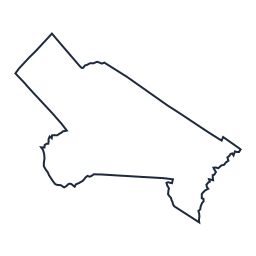 outline of Peabiru, Paraná, Brazil
{"feature_id": "56859067B78247046057010", "entity_name": "Peabiru", "entity_type": "district", "adm_level": 2, "iso_a3": "BRA", "parent_name": "Brazil", "parent_adm1": "Paraná", "projection": "equal_earth", "projection_center": [-52.308, -23.93], "detail": "fine", "context": "isolated", "style": "outline", "palette": "slate", "viewbox_px": 256, "rotation_deg": 0, "n_neighbors": 0, "source": "geoboundaries", "source_scale": "gbopen_adm2", "svg_char_len": 1808}
<svg xmlns="http://www.w3.org/2000/svg" viewBox="0 0 256 256"><path d="M41.1,147.3L43.1,150.1L44.2,154.3L44.5,158.7L43.9,162.4L43.8,166.2L45.9,169.8L47.7,172.2L49.0,175.2L51.4,178.9L53.2,181.6L55.3,184.2L57.2,184.9L60.9,185.2L62.7,186.5L64.2,187.4L66.6,185.9L67.8,184.5L69.4,183.7L71.3,184.0L72.7,185.2L74.7,186.7L75.8,184.4L79.1,183.0L80.9,181.9L82.5,181.1L84.4,179.0L85.6,177.4L87.5,175.9L89.6,176.7L91.6,175.9L93.7,174.3L101.7,174.5L106.7,174.8L109.8,175.0L146.8,177.2L163.0,178.1L172.9,179.3L172.0,183.2L170.1,182.8L168.2,182.2L166.5,182.8L167.1,185.2L169.0,188.5L168.4,190.5L168.1,194.4L169.5,196.3L170.9,197.8L171.5,200.0L172.5,201.9L173.0,204.2L174.1,206.2L199.2,222.4L198.9,220.0L199.4,216.7L199.2,213.8L198.4,211.0L200.2,209.4L200.6,206.7L202.0,203.1L203.6,201.3L203.5,198.8L201.8,198.3L201.8,194.0L203.2,192.3L205.3,190.3L208.2,188.8L206.9,187.0L206.4,184.7L208.2,182.6L209.8,181.7L209.0,179.2L213.1,180.2L212.8,177.7L212.7,175.1L214.3,174.7L215.9,172.0L214.4,169.6L213.5,167.7L215.8,167.5L218.3,168.2L221.4,165.4L224.1,164.8L225.9,162.4L228.4,160.7L227.4,157.4L229.3,156.0L230.5,154.0L232.2,153.4L233.5,155.4L235.0,151.4L236.8,152.0L239.0,152.0L240.6,149.4L238.9,148.1L223.1,137.0L221.6,140.6L212.2,134.7L207.5,131.7L198.1,125.5L193.2,122.2L190.3,120.3L177.3,111.7L167.6,105.5L163.5,102.6L154.4,96.2L127.0,76.9L104.3,62.6L101.9,63.6L99.8,62.7L97.1,61.8L95.1,62.6L93.0,63.4L90.9,63.1L89.3,63.6L87.0,64.9L84.9,65.5L83.3,67.7L81.6,67.9L79.3,65.6L60.5,43.7L51.9,33.6L36.1,50.7L29.5,57.2L18.9,68.6L15.4,73.4L25.1,83.6L26.9,85.8L33.0,92.5L52.0,112.9L61.5,123.7L66.8,130.6L64.8,131.0L63.0,131.3L61.5,132.6L59.5,133.7L57.2,135.3L54.2,135.2L52.1,135.3L51.7,138.2L49.7,136.5L48.5,139.3L48.6,141.5L48.3,143.7L46.5,143.8L44.6,145.1L44.5,147.5L41.1,147.3Z" fill="none" stroke="#1e293b" stroke-width="2"/></svg>